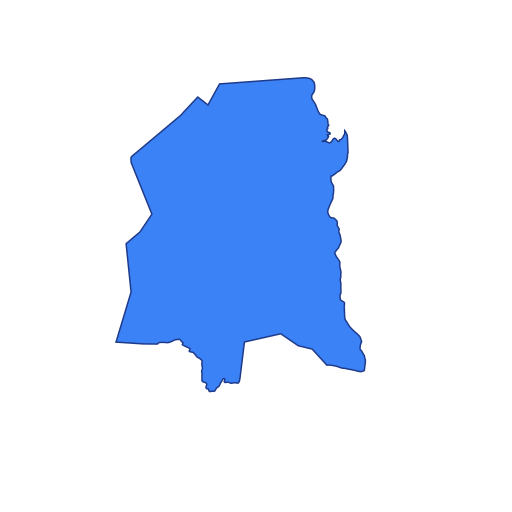 San Antonio de Oriente, Francisco Morazán, Honduras (Robinson projection), rotated 227°
{"feature_id": "27666195B20875858813448", "entity_name": "San Antonio de Oriente", "entity_type": "district", "adm_level": 2, "iso_a3": "HND", "parent_name": "Honduras", "parent_adm1": "Francisco Morazán", "projection": "robinson", "projection_center": [-87.024, 14.037], "detail": "fine", "context": "isolated", "style": "filled", "palette": "blue", "viewbox_px": 512, "rotation_deg": 227, "n_neighbors": 0, "source": "geoboundaries", "source_scale": "gbopen_adm2", "svg_char_len": 6107}
<svg xmlns="http://www.w3.org/2000/svg" viewBox="0 0 512 512"><g transform="rotate(227 256 256)"><path d="M412.6,231.0L409.4,228.4L408.6,228.0L407.6,227.7L357.6,208.4L352.7,187.5L353.6,169.4L314.8,140.0L288.5,94.9L268.5,113.7L258.9,123.8L259.0,124.5L258.9,125.2L258.8,125.7L258.4,126.6L257.6,127.6L255.8,129.5L254.7,130.6L253.3,131.8L252.5,132.8L252.1,133.5L251.4,135.0L250.9,136.3L250.5,138.1L250.2,138.8L249.8,139.6L249.1,140.8L248.2,142.1L247.6,142.8L246.9,143.4L243.9,143.2L243.5,143.3L242.9,143.5L242.5,143.5L242.3,143.3L241.8,142.7L241.7,142.4L241.7,142.0L241.6,141.8L241.4,141.7L241.2,141.7L240.2,141.9L238.4,142.6L234.8,144.1L233.2,144.6L232.8,144.3L232.6,143.5L232.3,142.8L232.0,142.3L231.9,142.2L231.7,142.2L231.3,142.3L230.8,142.6L229.2,143.7L228.4,144.2L228.1,144.4L227.7,144.4L226.6,144.2L224.9,144.4L224.5,144.3L223.8,144.0L222.9,144.0L221.7,144.2L220.2,144.7L219.1,145.0L217.3,145.2L216.1,145.1L215.8,145.0L215.5,144.7L214.7,143.5L213.2,142.1L210.2,140.2L210.1,139.9L209.9,139.4L209.7,138.9L209.1,138.1L208.7,137.6L208.1,137.1L207.0,136.4L206.5,136.1L205.1,134.6L203.5,133.3L202.6,132.2L202.0,131.7L201.5,131.4L201.0,131.4L200.1,131.4L199.4,131.7L198.5,132.3L197.9,132.6L197.1,132.8L196.6,132.9L196.0,132.7L195.6,132.4L195.3,131.9L194.9,131.1L194.4,130.4L193.9,129.7L193.4,129.4L193.0,129.4L192.4,129.5L192.1,129.7L191.6,130.1L191.1,130.3L190.7,130.3L190.4,130.2L189.7,129.7L189.2,129.6L188.7,129.6L188.2,129.9L187.9,130.2L187.6,131.0L187.2,131.4L186.9,131.8L186.2,132.4L185.9,132.8L185.6,133.4L185.4,133.9L185.5,134.3L185.9,135.5L186.4,137.2L186.4,137.4L186.2,138.3L186.0,139.3L186.0,140.0L187.3,143.6L188.1,146.4L188.5,147.9L188.5,148.3L188.4,148.6L188.2,148.9L188.0,149.1L187.6,149.3L187.3,149.2L186.9,148.8L186.3,148.1L186.2,147.9L186.1,147.5L185.9,147.1L185.6,147.0L185.2,146.9L184.7,147.1L184.1,147.6L183.4,148.8L183.2,149.1L182.9,149.4L182.4,149.7L179.9,151.0L179.2,152.0L178.2,153.5L177.2,154.7L176.7,155.0L175.9,155.4L175.6,155.8L175.4,156.1L175.3,156.4L175.2,156.8L175.3,157.1L175.5,157.9L175.9,158.6L176.5,159.5L177.3,160.5L177.7,161.1L201.0,188.9L182.2,221.1L161.6,225.7L149.6,233.6L127.8,233.4L127.0,234.4L126.1,235.4L124.7,236.6L123.3,237.7L121.8,238.7L120.6,239.6L115.4,242.4L112.8,244.7L111.2,245.7L107.8,248.3L104.8,250.4L102.3,251.9L101.1,252.8L100.1,253.6L99.4,254.5L99.2,254.8L98.4,257.2L101.0,260.2L103.5,263.3L104.5,264.3L105.3,265.0L105.9,265.3L107.4,266.1L108.1,266.5L108.9,267.1L109.4,267.3L111.4,267.7L114.3,268.4L116.3,268.5L117.1,268.8L117.5,269.1L118.2,269.8L119.2,271.0L120.4,272.8L120.7,273.5L121.0,274.4L121.2,274.7L121.8,275.1L123.3,275.7L124.9,276.5L125.5,276.8L126.2,276.9L127.1,277.0L128.4,277.0L129.8,276.9L132.8,276.6L135.2,276.4L138.2,276.3L140.2,276.3L141.4,276.5L148.2,277.8L149.1,278.0L149.7,278.4L151.1,279.4L158.7,286.0L159.3,286.5L160.6,288.1L161.5,288.8L161.8,288.9L163.0,288.7L163.7,288.5L164.9,288.1L165.6,287.9L166.3,288.0L167.1,288.3L168.6,289.4L170.0,290.7L170.4,291.3L170.6,292.0L170.7,292.4L171.6,293.4L175.6,297.0L176.8,298.2L177.5,298.9L178.9,299.9L180.2,300.7L180.9,301.2L181.9,302.3L182.8,303.7L184.7,305.4L186.1,307.0L186.9,307.6L191.2,310.1L191.6,310.4L192.6,311.5L194.2,313.0L194.9,313.4L195.9,313.6L198.3,314.0L200.7,314.3L203.6,315.3L204.2,315.5L204.5,315.7L204.7,315.9L204.8,316.2L205.1,317.5L205.4,319.0L205.7,322.2L205.9,322.6L206.4,323.2L207.0,324.9L207.8,326.9L208.3,327.8L208.7,328.3L211.3,330.1L213.4,331.4L215.1,332.3L216.5,332.7L217.1,333.0L217.6,333.4L218.1,333.9L218.5,334.8L219.0,335.2L219.8,335.4L223.0,336.2L223.6,336.7L224.3,337.6L225.0,338.2L225.7,338.7L226.3,339.0L226.9,339.1L227.4,339.1L228.7,339.0L229.8,339.0L230.3,338.9L230.8,338.6L232.2,337.6L233.1,337.0L233.6,336.8L234.2,336.7L234.9,336.8L236.3,337.1L238.2,337.9L239.2,338.4L239.5,338.7L240.1,339.4L240.7,340.3L241.0,340.7L241.5,341.9L242.4,343.6L244.1,347.5L245.1,350.2L245.7,351.5L246.5,352.4L247.1,352.8L248.6,354.8L249.5,355.9L251.2,357.7L254.2,360.3L254.7,360.5L255.4,360.7L257.0,361.0L258.2,361.4L259.2,361.8L259.8,362.2L260.7,362.8L263.2,365.2L263.3,365.4L263.2,365.5L262.8,366.0L262.6,366.5L262.2,369.5L262.1,371.1L262.0,372.7L261.8,373.5L261.5,374.5L261.4,375.1L261.3,375.9L261.3,376.8L261.4,377.7L262.2,381.6L262.4,383.0L263.5,386.6L263.8,387.2L264.2,387.8L264.9,388.9L265.8,390.1L268.2,392.6L268.6,393.2L268.7,393.7L280.4,403.8L282.2,405.1L283.4,405.5L284.4,405.8L286.3,406.3L287.1,406.4L286.0,405.2L285.2,404.6L284.9,404.2L284.5,403.3L284.3,402.1L283.9,401.6L283.7,400.9L283.4,399.6L283.2,398.4L283.2,397.7L283.3,397.3L283.6,397.1L283.8,396.9L283.9,396.3L283.9,396.1L283.6,395.7L283.3,395.1L283.2,394.8L283.2,394.6L283.3,394.5L283.5,394.3L284.0,394.2L285.6,394.1L286.9,394.3L287.9,394.1L288.6,393.8L288.8,393.3L289.0,392.6L288.2,389.3L288.2,387.9L288.3,387.4L288.4,387.1L288.6,386.8L289.0,386.6L290.9,385.8L291.9,385.3L292.6,384.9L293.6,383.9L294.3,382.9L294.6,382.8L294.6,383.1L294.3,383.9L294.0,384.6L293.1,385.7L293.0,386.3L293.1,387.3L293.2,388.5L293.6,389.7L294.0,390.7L294.2,390.8L294.4,390.8L294.8,390.4L295.1,390.3L295.5,390.5L295.9,390.7L295.9,391.0L295.7,391.6L295.4,392.0L295.0,392.7L294.8,393.0L294.8,393.5L295.1,393.9L295.6,394.0L296.2,393.9L297.0,393.5L297.6,393.0L297.9,392.9L298.8,393.2L299.9,393.7L300.1,393.9L300.3,394.2L300.3,394.5L300.2,394.8L300.2,395.0L300.3,395.3L300.4,395.6L300.7,395.8L301.4,396.0L301.8,396.4L301.8,397.1L301.8,397.8L301.8,398.1L302.0,398.3L302.3,398.5L302.9,398.4L303.3,398.6L304.0,399.1L305.1,400.1L306.0,400.7L306.9,401.3L307.7,401.6L309.9,401.5L310.7,401.9L311.1,401.9L311.6,401.9L311.9,401.8L314.2,400.3L315.2,399.8L315.8,399.6L316.6,399.6L318.8,400.0L319.5,400.2L320.5,400.5L321.5,401.0L322.7,401.4L324.0,402.0L326.1,402.8L328.2,403.3L332.3,404.0L333.0,404.3L333.5,404.5L334.0,404.9L335.0,405.8L335.4,406.3L335.7,407.2L336.4,410.2L336.7,410.9L337.1,411.5L338.1,412.8L339.6,414.3L340.6,415.1L341.5,415.8L342.4,416.4L343.2,416.8L343.8,417.0L344.5,417.0L346.9,417.1L347.4,417.0L348.1,416.7L349.4,416.2L350.2,415.6L351.2,415.0L353.5,412.9L406.7,346.7L399.2,323.9L412.0,321.8L410.6,301.3L410.2,297.6L413.6,232.6L413.2,231.8L412.6,231.0Z" fill="#3b82f6" stroke="#1e3a8a" stroke-width="1.5"/></g></svg>